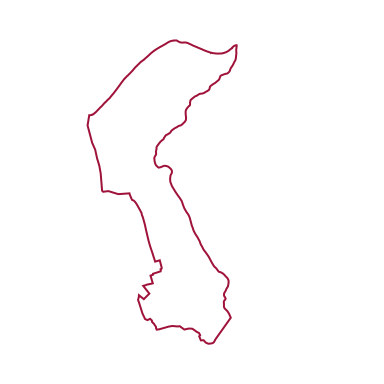 Sukamara, Kalimantan Tengah, Indonesia (Natural Earth projection), rotated 163°
{"feature_id": "22746128B44365111458704", "entity_name": "Sukamara", "entity_type": "district", "adm_level": 2, "iso_a3": "IDN", "parent_name": "Indonesia", "parent_adm1": "Kalimantan Tengah", "projection": "natural_earth1", "projection_center": [111.051, -2.56], "detail": "fine", "context": "isolated", "style": "outline", "palette": "rose", "viewbox_px": 384, "rotation_deg": 163, "n_neighbors": 0, "source": "geoboundaries", "source_scale": "gbopen_adm2", "svg_char_len": 5763}
<svg xmlns="http://www.w3.org/2000/svg" viewBox="0 0 384 384"><g transform="rotate(163 192 192)"><path d="M106.4,319.3L106.6,319.4L107.0,319.5L107.7,319.5L109.4,319.3L110.2,318.9L110.7,318.6L111.3,318.3L111.4,318.2L111.5,318.2L111.8,318.0L111.8,317.9L112.0,317.9L112.2,317.7L112.3,317.7L112.5,317.6L112.8,317.5L114.0,317.1L115.8,316.3L117.7,315.9L118.2,315.8L121.1,315.6L121.3,315.7L121.9,315.7L123.6,315.9L127.1,316.9L127.6,317.1L128.0,317.2L131.4,318.7L133.3,319.8L133.4,319.7L133.5,319.9L135.3,321.2L135.5,321.3L135.7,321.5L136.5,322.0L139.2,324.2L142.1,326.7L142.5,327.0L144.4,328.6L144.5,328.7L147.8,331.4L149.5,333.0L152.3,335.5L152.9,336.0L153.9,336.6L155.4,337.2L156.9,337.5L158.2,337.9L158.8,338.2L159.0,338.3L159.7,338.7L160.9,339.8L161.5,340.4L161.6,340.5L161.9,340.9L162.4,341.4L162.9,341.6L163.6,341.8L165.1,342.2L165.6,342.3L165.8,342.2L166.0,342.3L167.8,342.5L168.4,342.5L170.3,342.3L171.2,342.1L174.5,341.2L176.8,340.7L177.8,340.4L178.5,340.3L179.1,340.2L179.4,340.2L179.8,340.0L180.3,340.0L180.9,339.8L184.2,339.0L184.3,338.9L184.7,338.8L184.8,338.8L185.0,338.7L185.3,338.7L186.1,338.4L186.6,338.3L186.8,338.1L187.0,338.1L187.7,337.9L190.9,336.6L194.1,335.0L198.8,332.9L199.0,332.7L199.4,332.6L199.7,332.4L200.0,332.4L200.4,332.2L200.8,332.1L201.1,332.0L201.5,331.8L201.8,331.7L202.0,331.6L202.5,331.5L203.1,331.3L205.1,330.2L207.7,328.9L207.9,328.7L208.5,328.4L209.0,328.2L209.3,328.1L212.1,326.3L212.5,326.1L213.2,325.5L213.7,325.3L216.8,323.5L217.9,323.0L218.7,322.5L219.7,322.0L220.6,321.7L221.4,321.1L222.2,320.7L222.4,320.7L222.7,320.4L223.8,319.8L224.0,319.7L225.8,318.4L226.4,317.9L227.2,317.4L228.1,316.7L233.8,312.4L235.8,311.0L236.6,310.4L238.9,308.8L240.0,308.2L240.4,307.8L241.8,307.0L242.1,306.7L243.3,305.9L244.3,305.4L245.1,305.1L245.7,304.7L246.6,304.3L247.8,303.5L248.4,303.4L248.7,303.1L250.0,302.5L250.3,302.3L253.2,300.5L255.1,299.6L258.6,297.6L259.4,297.2L260.6,296.5L261.4,296.2L261.6,296.0L261.9,296.0L263.3,295.4L263.5,295.2L263.7,295.3L264.2,295.2L264.4,295.1L264.7,295.2L264.9,295.1L265.0,295.1L265.4,295.1L265.5,295.0L266.8,295.2L267.8,295.5L272.4,286.2L273.1,268.3L272.2,260.8L273.0,251.2L272.9,249.8L273.0,243.8L273.9,236.4L277.6,219.6L276.9,218.2L271.7,217.3L263.1,211.5L252.2,209.0L252.3,208.0L251.7,202.1L250.3,200.9L249.8,200.1L249.4,199.3L248.9,198.0L247.9,194.2L247.5,192.1L247.1,190.3L246.4,186.6L246.6,185.4L246.6,184.4L246.4,182.5L246.4,181.3L246.6,174.4L247.0,169.9L247.8,158.2L247.9,152.2L247.7,145.6L247.6,136.2L242.8,136.1L243.1,128.5L243.5,127.6L244.6,127.4L244.6,126.6L245.2,125.3L253.2,125.2L253.5,124.3L256.1,124.2L256.2,116.1L260.5,116.4L261.3,116.5L261.7,116.6L262.4,116.6L263.5,116.4L264.5,116.5L266.1,116.5L262.5,107.3L269.4,103.6L272.9,108.8L273.6,107.0L275.1,104.7L275.1,103.3L275.0,102.6L274.9,90.4L274.0,84.2L272.0,82.5L269.2,83.0L268.1,81.2L267.9,80.3L268.2,79.5L267.5,78.0L266.9,77.3L266.8,76.4L265.9,73.7L266.2,71.9L266.0,70.7L263.6,70.3L253.5,70.1L249.9,69.6L245.3,67.7L242.9,67.2L241.6,65.4L239.5,62.7L235.2,62.4L231.9,61.3L230.7,60.0L228.3,56.8L226.5,55.1L226.1,52.6L227.3,51.9L226.9,47.5L224.3,46.9L222.9,44.0L220.7,42.1L217.7,41.5L216.2,41.5L214.9,42.0L212.6,44.3L191.7,60.4L191.9,62.2L192.1,64.2L192.3,65.2L192.9,67.4L193.6,68.9L194.1,69.8L194.8,71.1L195.0,72.3L194.9,73.3L194.6,74.3L194.2,75.4L193.8,77.4L193.3,78.3L192.4,79.0L191.5,79.5L191.0,80.4L191.2,81.7L191.6,82.8L191.6,84.0L190.9,85.7L190.3,86.3L188.7,87.7L188.1,88.4L187.6,89.1L187.0,89.7L186.1,90.4L185.1,91.4L183.7,94.2L183.2,95.6L182.9,97.0L183.3,99.3L184.6,101.8L185.3,103.4L186.2,104.9L187.4,106.3L188.2,107.0L189.1,107.5L189.7,108.0L190.1,108.9L190.8,111.0L191.2,112.0L192.6,114.4L193.6,118.3L194.4,122.3L194.6,123.6L195.2,126.1L195.9,128.2L196.6,130.4L197.3,132.1L197.7,133.3L198.0,134.6L198.4,137.2L198.8,138.6L199.0,140.1L199.1,142.7L199.4,144.2L200.0,147.2L200.4,148.6L200.9,150.2L201.2,151.5L201.7,154.2L201.8,155.3L201.8,157.4L201.9,158.9L202.0,160.0L201.8,165.0L201.7,167.9L201.8,169.3L202.0,170.8L202.4,172.4L203.0,173.9L203.4,175.5L204.1,178.6L204.3,181.1L204.4,182.8L204.4,184.2L204.5,186.5L205.6,190.3L206.5,192.8L207.8,197.0L209.2,202.4L209.5,204.0L209.6,205.4L209.7,207.1L209.7,208.4L209.3,210.1L209.1,211.1L208.5,212.2L208.3,212.8L208.0,213.6L207.6,214.2L207.0,214.9L206.3,215.5L205.5,216.5L205.1,217.8L205.1,218.7L205.2,219.4L205.5,220.2L205.9,221.0L207.0,222.7L207.6,223.4L208.5,224.1L209.6,224.7L210.6,225.1L211.7,225.2L213.3,225.0L215.6,224.9L216.8,225.1L217.4,225.9L218.1,227.1L218.6,228.2L218.8,229.3L218.9,230.5L218.8,231.7L218.7,232.9L218.3,234.5L218.2,235.4L217.2,236.8L216.1,237.7L215.6,238.2L215.1,239.0L214.8,240.9L214.4,241.6L213.3,243.7L212.9,245.0L212.3,245.8L209.8,247.7L207.5,249.3L206.3,249.8L205.6,250.2L204.9,250.4L204.1,250.7L203.6,251.0L203.1,251.8L201.8,252.8L200.8,253.7L200.2,254.0L198.6,254.2L196.1,254.9L195.4,255.2L193.8,256.6L191.5,257.5L189.6,258.1L187.7,258.4L186.0,258.9L185.3,259.1L184.0,259.0L183.2,259.0L181.3,259.7L179.2,260.8L178.3,261.3L177.7,261.8L177.0,262.4L176.7,262.9L176.5,263.4L176.2,264.1L175.9,265.0L175.7,266.2L175.1,269.1L174.4,271.2L173.6,272.4L172.9,273.0L171.8,273.9L170.6,274.6L169.9,275.0L168.9,275.4L168.4,275.9L167.7,278.1L167.3,279.0L166.6,280.1L166.1,280.5L165.3,280.9L162.8,281.9L160.9,282.6L159.3,282.7L158.3,283.0L157.0,283.4L155.9,283.6L155.2,283.5L154.3,283.3L152.8,283.1L151.0,283.3L149.5,283.8L148.0,284.0L146.1,284.6L145.4,285.1L144.7,286.3L143.8,287.6L142.8,288.1L139.9,289.1L138.4,289.4L134.2,291.1L133.1,291.7L131.5,293.9L130.7,294.7L129.7,295.0L127.7,295.1L126.7,295.2L125.0,295.2L124.1,295.0L123.2,295.1L121.7,295.8L120.3,296.9L119.4,298.3L118.3,299.5L117.0,300.4L115.6,301.7L113.6,303.8L111.8,305.6L111.0,307.0L109.0,311.7L108.2,315.0L107.1,317.4L106.6,318.5L106.4,319.3Z" fill="none" stroke="#9f1239" stroke-width="2"/></g></svg>